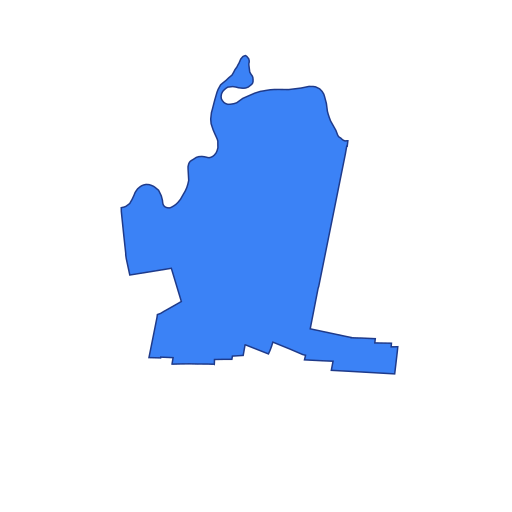 Moldoveni, Ialomita, Romania (Robinson projection), rotated 147°
{"feature_id": "2599482B86291871971416", "entity_name": "Moldoveni", "entity_type": "district", "adm_level": 2, "iso_a3": "ROU", "parent_name": "Romania", "parent_adm1": "Ialomita", "projection": "robinson", "projection_center": [26.516, 44.733], "detail": "fine", "context": "isolated", "style": "filled", "palette": "blue", "viewbox_px": 512, "rotation_deg": 147, "n_neighbors": 0, "source": "geoboundaries", "source_scale": "gbopen_adm2", "svg_char_len": 3180}
<svg xmlns="http://www.w3.org/2000/svg" viewBox="0 0 512 512"><g transform="rotate(147 256 256)"><path d="M370.6,260.6L372.5,258.4L379.6,251.1L401.1,229.1L391.5,222.5L391.0,223.1L380.9,215.9L385.3,211.1L385.1,210.9L378.1,206.6L371.0,202.1L370.8,202.0L364.5,197.7L363.5,197.0L363.3,196.9L355.8,192.0L355.5,191.8L352.9,190.0L352.8,189.9L350.1,188.1L350.0,187.9L349.6,188.4L349.2,188.9L347.2,191.8L339.8,187.2L332.5,182.5L330.3,184.9L320.9,179.6L313.6,187.4L313.2,187.2L298.9,167.1L295.5,169.3L292.0,171.9L288.8,174.6L288.7,174.5L278.6,160.0L270.5,147.9L269.1,146.4L268.5,145.8L269.8,144.5L271.9,142.5L257.4,132.0L248.7,125.8L255.1,119.1L240.7,108.6L203.9,81.6L197.4,89.4L189.2,99.3L186.5,102.7L189.3,104.4L192.1,106.2L189.9,109.1L200.0,115.9L203.7,118.4L201.0,121.7L212.6,130.0L216.0,132.3L220.7,135.6L220.5,135.8L223.8,139.0L236.9,152.1L246.7,161.9L250.2,165.4L241.5,174.4L221.5,195.1L219.9,196.4L173.6,243.7L125.3,293.1L120.1,298.7L119.7,298.4L116.2,302.6L116.8,303.0L118.6,304.0L119.6,305.3L120.2,306.7L120.5,307.8L120.6,308.2L120.7,308.8L121.4,310.1L121.7,311.3L121.7,312.7L120.6,317.8L119.9,328.7L119.1,332.3L118.2,335.7L117.3,338.5L113.9,345.6L111.7,352.3L111.0,354.8L110.9,358.0L111.6,361.6L113.9,365.4L115.8,367.1L119.3,369.4L126.7,372.3L138.0,377.8L145.5,382.8L150.0,385.7L153.6,387.7L158.1,389.7L159.6,390.3L162.7,391.7L168.5,393.3L177.6,394.8L181.3,395.4L187.0,395.1L188.7,395.0L191.6,395.8L193.2,396.5L194.8,397.2L195.9,397.9L197.0,398.5L198.1,399.9L198.5,400.5L199.3,402.2L199.6,404.8L199.4,406.8L198.4,408.8L197.4,409.9L196.6,410.8L194.4,412.1L192.6,412.6L190.1,413.0L187.7,413.0L184.5,411.4L183.4,410.9L182.0,409.7L180.7,408.5L179.2,406.8L176.8,404.8L175.8,404.0L174.7,403.3L173.1,402.5L170.5,401.9L166.1,402.3L164.6,402.9L163.5,403.9L162.3,405.7L161.4,407.5L161.1,409.0L161.2,411.5L161.1,412.6L161.1,413.6L157.9,420.2L157.0,421.5L156.0,422.4L155.2,423.8L154.7,425.4L155.0,428.3L155.6,429.8L156.9,430.2L158.4,430.4L161.5,429.5L165.4,426.9L166.7,426.3L169.1,424.9L172.0,423.8L174.8,422.2L177.6,420.8L181.8,420.3L185.4,419.6L189.5,419.2L192.5,418.8L197.0,416.4L199.5,414.6L205.4,409.5L207.6,407.5L212.7,402.8L215.3,400.5L219.4,395.5L221.6,391.4L223.2,385.3L223.9,381.3L224.8,375.4L225.4,373.2L227.7,369.6L229.0,367.5L231.3,365.5L233.3,364.2L236.0,363.3L238.1,363.1L239.8,363.3L241.7,363.9L242.8,364.8L243.7,365.8L245.4,367.5L247.2,369.0L249.9,370.5L252.3,371.2L256.5,371.2L258.1,371.3L259.5,371.2L260.8,370.8L262.3,369.9L264.3,368.0L265.5,366.1L269.0,360.0L271.3,356.0L274.1,353.3L276.9,351.0L280.2,348.9L283.2,347.4L286.1,345.9L288.4,344.7L292.4,343.4L295.1,342.9L297.8,342.8L300.8,343.0L302.3,343.4L303.8,344.5L304.9,345.7L305.6,346.9L305.9,348.2L305.9,349.2L305.7,350.3L305.0,352.0L304.2,353.5L302.7,357.9L302.4,360.0L301.9,364.2L303.3,368.6L304.0,370.3L305.4,372.4L306.8,374.1L309.2,375.9L311.6,376.8L313.7,377.2L315.6,377.2L318.7,376.8L321.0,375.9L322.8,375.1L325.2,373.4L329.2,370.9L331.8,369.6L333.3,368.8L336.1,368.6L338.1,368.5L340.0,368.9L342.7,369.9L344.7,366.7L354.9,346.8L363.9,329.0L364.6,328.0L366.3,324.3L372.2,308.8L333.7,291.8L343.4,258.5L362.0,259.6L362.9,259.7L367.3,259.8L370.6,260.6Z" fill="#3b82f6" stroke="#1e3a8a" stroke-width="1.5"/></g></svg>